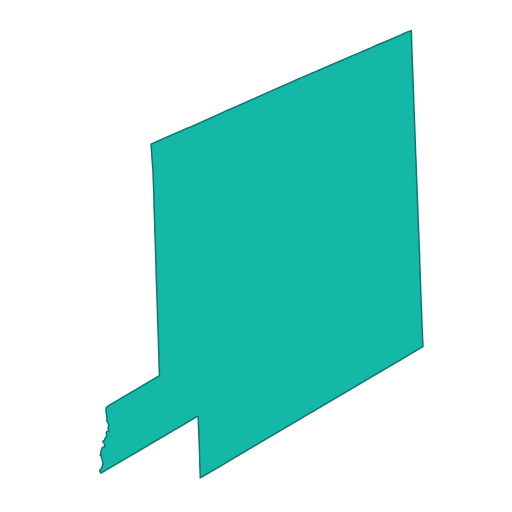 Nong Suea, Pathum Thani, Thailand, rotated 178°
{"feature_id": "78962969B25224314923642", "entity_name": "Nong Suea", "entity_type": "district", "adm_level": 2, "iso_a3": "THA", "parent_name": "Thailand", "parent_adm1": "Pathum Thani", "projection": "robinson", "projection_center": [100.833, 14.16], "detail": "fine", "context": "isolated", "style": "filled", "palette": "teal", "viewbox_px": 512, "rotation_deg": 178, "n_neighbors": 0, "source": "geoboundaries", "source_scale": "gbopen_adm2", "svg_char_len": 5599}
<svg xmlns="http://www.w3.org/2000/svg" viewBox="0 0 512 512"><g transform="rotate(178 256 256)"><path d="M418.5,44.4L417.2,45.2L412.2,47.9L408.5,49.9L404.8,51.9L400.1,54.4L394.2,57.7L389.2,60.4L383.7,63.2L365.2,73.4L358.5,76.9L349.5,81.9L337.3,88.4L320.6,97.6L320.3,97.7L319.5,97.7L319.4,93.7L319.4,83.5L319.3,71.6L319.3,58.9L319.4,52.1L319.4,36.3L318.1,36.9L315.9,38.1L309.4,41.6L297.7,47.9L292.5,50.8L282.4,56.3L270.5,62.9L264.1,66.3L248.8,74.7L241.8,78.4L234.9,82.2L228.6,85.6L225.8,87.1L223.4,88.4L222.0,89.2L221.0,89.7L216.9,91.9L211.6,94.9L206.9,97.4L202.9,99.4L202.3,99.8L201.0,100.6L191.5,105.7L150.1,128.2L144.1,131.5L136.4,135.6L129.3,139.5L113.5,148.0L105.9,152.3L99.3,155.8L95.4,158.0L92.3,159.6L92.3,161.5L92.3,164.3L92.4,166.4L92.4,169.1L92.4,171.4L92.4,174.2L92.5,178.0L92.5,182.5L92.5,186.2L92.5,191.8L92.5,193.4L92.5,194.6L92.5,197.1L92.6,200.3L92.6,206.0L92.5,207.7L92.6,216.7L92.5,219.9L92.6,223.2L92.5,231.5L92.6,237.4L92.6,241.6L92.6,244.2L92.5,248.7L92.5,255.3L92.6,258.9L92.6,260.8L92.6,267.1L92.6,270.3L92.6,274.9L92.6,278.6L92.7,288.3L92.7,298.2L92.7,300.3L92.7,308.8L92.7,317.0L92.7,325.4L92.8,327.7L92.8,329.5L92.8,331.3L92.8,335.1L92.8,336.9L92.8,338.7L92.8,342.4L92.8,343.6L92.8,345.7L92.9,352.4L92.9,356.1L92.8,359.0L92.9,361.2L92.8,363.2L92.9,367.7L92.8,370.7L92.9,372.9L92.9,374.2L92.9,375.4L92.9,376.6L92.8,378.0L92.9,379.1L92.9,382.7L92.9,384.3L92.9,385.6L92.9,387.4L92.9,388.8L92.9,390.2L92.9,392.4L93.0,394.6L92.9,396.7L92.9,398.8L93.0,401.4L93.0,403.2L93.0,406.1L92.9,408.1L93.0,409.0L92.9,409.9L92.9,412.1L92.9,413.7L92.9,414.7L92.9,416.1L93.0,418.2L92.9,420.7L93.0,422.1L92.9,424.1L93.0,429.2L93.0,430.7L93.0,432.5L93.0,435.5L93.0,440.5L93.0,442.3L93.0,443.6L93.0,444.5L93.0,445.2L93.0,448.0L93.0,453.2L93.0,455.8L93.0,458.1L93.0,459.0L93.0,459.9L93.0,463.5L93.0,465.0L92.9,466.4L93.0,468.6L92.9,469.7L92.9,471.2L92.9,472.2L93.0,475.7L94.0,475.5L94.6,475.3L95.7,475.0L98.5,474.0L100.8,473.1L102.9,472.1L106.2,470.8L110.4,469.2L111.4,468.8L112.1,468.5L112.7,468.3L113.1,468.0L113.3,468.0L118.9,465.8L119.3,465.7L124.2,464.0L125.2,463.6L131.0,461.3L132.4,460.6L132.9,460.3L137.8,458.5L139.9,457.7L144.9,455.7L147.9,454.5L149.9,453.7L151.2,453.3L154.2,452.2L156.4,451.3L157.8,450.8L160.8,449.6L163.3,448.6L165.7,447.7L167.9,446.9L169.0,446.4L170.7,445.8L177.8,443.0L181.8,441.4L185.0,440.1L186.7,439.5L187.6,439.1L188.1,438.9L189.3,438.4L191.5,437.6L195.3,436.2L198.8,434.8L200.8,434.0L201.9,433.6L203.1,433.1L206.4,431.8L206.5,431.8L206.8,431.8L220.1,426.3L225.8,424.1L228.7,422.9L234.0,420.8L239.9,418.4L242.4,417.4L244.4,416.8L244.6,416.4L244.9,416.3L246.6,415.7L248.8,414.9L250.5,414.1L250.9,413.9L254.9,412.4L258.3,411.0L260.1,410.2L262.0,409.5L269.2,406.6L273.2,405.0L277.8,403.2L281.6,401.8L282.7,401.2L288.9,398.6L295.6,395.9L299.4,394.4L300.3,394.0L309.1,390.4L312.3,389.1L318.9,386.5L320.4,386.1L322.7,385.2L325.6,384.0L328.9,382.7L332.9,381.1L338.5,378.9L343.6,376.9L345.3,376.2L348.0,375.1L351.2,373.8L357.0,371.4L356.9,368.2L356.8,365.7L356.6,362.0L356.6,359.0L356.4,354.0L356.0,344.2L356.0,340.1L356.0,335.0L356.0,329.0L355.9,323.2L356.0,318.5L356.0,313.8L356.2,305.3L356.2,304.8L356.1,304.7L356.1,299.8L356.1,294.5L356.2,284.6L356.2,274.2L356.2,263.8L356.2,260.0L356.3,251.2L356.4,242.2L356.4,232.8L356.4,227.6L356.4,217.7L356.4,217.1L356.4,211.8L356.4,206.2L356.5,194.3L356.5,191.6L356.5,187.8L356.5,181.0L356.5,174.1L356.6,169.3L356.6,162.9L356.6,161.6L356.6,157.4L356.6,156.1L356.6,153.4L356.6,152.0L356.6,150.2L356.7,145.4L356.6,142.8L356.6,140.2L356.7,139.9L356.8,139.8L356.8,139.7L357.4,139.4L359.5,138.3L364.2,135.7L367.7,133.8L369.8,132.7L370.7,132.1L374.0,130.4L377.9,128.2L379.3,127.4L381.3,126.3L385.1,124.4L389.2,122.1L393.9,119.6L397.2,117.7L398.7,116.9L404.4,113.8L406.3,112.8L407.6,112.1L408.3,111.7L409.0,111.1L409.2,110.8L409.4,110.7L410.7,110.1L410.7,109.6L410.9,109.5L410.9,109.4L411.2,108.7L411.2,108.4L411.2,107.6L411.3,105.1L411.2,104.0L410.9,103.2L411.0,102.8L411.0,102.7L410.9,102.4L410.8,102.0L410.7,101.3L410.7,100.0L410.7,99.2L410.6,97.9L410.6,97.7L410.8,97.3L410.8,96.9L410.6,95.8L410.5,95.6L410.3,95.2L409.8,94.5L409.7,94.4L409.6,94.1L409.5,93.6L409.3,92.6L409.2,92.1L409.2,91.3L409.3,90.8L409.5,90.0L409.8,89.4L409.8,89.0L409.9,88.6L409.8,88.4L409.2,87.5L409.0,87.3L409.0,87.2L408.9,86.9L408.9,86.6L409.0,86.3L409.2,86.1L409.4,85.9L409.5,85.8L409.8,85.8L410.0,85.9L410.6,86.0L410.8,85.9L411.1,85.7L411.6,85.1L411.8,84.6L411.8,84.2L411.8,83.8L411.7,83.3L411.6,82.7L411.5,82.4L411.5,82.0L411.6,81.4L411.7,81.1L411.8,80.8L412.4,80.0L412.8,79.5L413.0,79.2L413.4,78.4L413.7,77.7L413.9,77.3L414.1,77.1L414.3,76.9L414.7,76.7L414.8,76.5L415.4,76.1L415.5,76.0L415.5,75.9L415.4,75.6L414.5,74.6L414.4,74.4L414.2,73.9L414.1,73.0L413.9,72.4L413.7,71.7L413.5,71.3L413.6,71.0L413.6,70.8L413.7,70.7L414.0,70.5L414.2,70.4L414.4,70.5L414.6,70.5L414.9,70.5L415.5,70.5L415.7,70.4L415.8,70.4L416.0,70.3L416.1,70.1L416.2,69.9L416.3,69.5L416.9,68.2L417.4,67.2L417.7,66.7L417.8,66.5L418.0,65.5L418.0,65.2L418.0,64.2L418.0,63.8L418.2,63.4L418.6,62.7L418.7,62.4L418.2,62.2L417.8,62.1L417.7,61.9L417.6,61.7L417.5,61.3L417.5,61.1L417.6,60.9L417.7,60.7L417.7,60.2L417.6,59.9L417.5,59.7L417.3,59.5L417.2,59.4L417.1,59.1L417.0,58.7L416.8,57.9L416.8,57.6L416.6,56.7L416.5,56.1L416.4,55.6L416.3,55.4L416.2,54.8L416.2,54.2L416.2,53.9L416.4,53.4L416.7,52.1L417.0,51.2L417.1,50.8L417.3,50.1L417.4,49.9L417.5,49.7L418.4,48.4L418.8,48.1L419.3,47.8L419.5,47.6L419.6,47.4L419.7,47.2L419.7,46.9L419.6,46.5L419.3,45.9L419.2,45.9L419.0,45.7L419.0,45.1L418.9,45.0L418.7,44.8L418.6,44.7L418.5,44.4Z" fill="#14b8a6" stroke="#0f766e" stroke-width="1.5"/></g></svg>